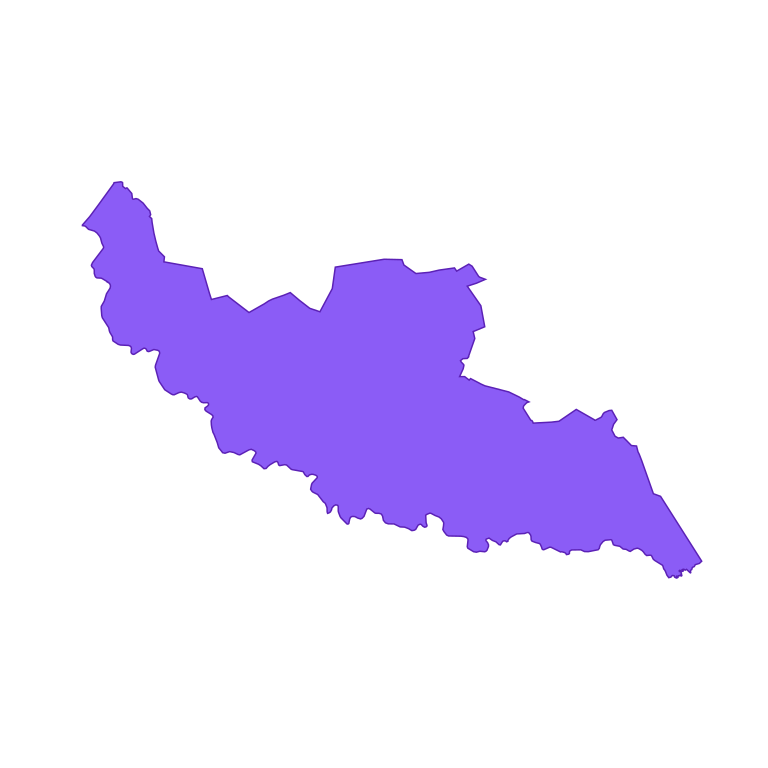 Upmalas pag., Varkavas, Latvia, rotated 342°
{"feature_id": "27541924B37499495130133", "entity_name": "Upmalas pag.", "entity_type": "district", "adm_level": 2, "iso_a3": "LVA", "parent_name": "Latvia", "parent_adm1": "Varkavas", "projection": "mercator", "projection_center": [26.475, 56.247], "detail": "fine", "context": "isolated", "style": "filled", "palette": "violet", "viewbox_px": 768, "rotation_deg": 342, "n_neighbors": 0, "source": "geoboundaries", "source_scale": "gbopen_adm2", "svg_char_len": 6159}
<svg xmlns="http://www.w3.org/2000/svg" viewBox="0 0 768 768"><g transform="rotate(342 384 384)"><path d="M143.4,264.1L145.4,265.5L153.0,268.4L154.5,269.7L154.9,270.9L154.8,272.1L153.4,275.2L153.2,276.1L153.6,277.3L154.6,278.3L155.9,278.5L165.7,275.9L166.9,275.8L167.5,276.0L168.3,276.8L168.7,277.8L168.9,279.5L169.8,280.3L170.9,280.5L175.8,280.1L179.2,282.0L180.2,283.1L180.4,284.4L180.1,285.6L172.5,295.5L171.6,297.3L170.9,310.6L171.0,312.1L173.7,321.7L178.6,327.8L179.8,328.9L181.1,329.4L186.4,328.8L188.8,329.1L191.3,330.8L193.2,332.6L193.7,333.3L193.7,334.0L193.5,336.1L193.6,336.9L194.8,338.3L196.5,338.7L200.0,337.8L201.9,337.9L202.6,338.6L203.9,343.4L204.9,345.0L206.6,346.1L210.2,347.1L210.8,347.6L211.0,348.6L210.6,349.7L209.5,350.4L206.4,351.4L205.7,353.1L206.4,354.8L210.6,359.8L211.4,361.4L211.1,362.9L209.2,364.4L208.2,365.8L207.2,369.5L206.7,372.6L206.4,377.1L206.8,379.5L207.3,388.3L207.1,393.6L209.0,398.5L209.2,399.4L211.4,400.7L216.3,400.6L220.1,402.8L223.5,406.0L225.0,406.8L235.3,404.9L237.6,405.1L240.2,407.5L241.0,409.1L240.9,410.2L235.1,415.5L234.8,416.4L234.8,417.3L239.9,421.6L241.6,423.7L243.7,427.5L245.8,427.9L248.3,426.4L250.8,425.5L256.1,424.3L258.2,424.5L258.9,425.7L258.8,428.4L259.6,429.4L264.5,430.0L266.3,430.9L269.3,436.3L270.1,437.0L279.6,442.1L280.1,442.6L280.7,445.7L282.0,448.1L283.1,448.4L285.0,447.4L287.2,447.5L288.6,448.0L291.0,449.7L291.9,451.1L291.9,451.6L291.6,452.4L285.0,456.1L284.1,457.1L281.7,461.4L281.9,462.3L282.4,463.9L283.1,465.0L286.8,468.6L289.8,477.1L291.3,479.4L291.6,484.1L290.4,488.1L290.4,489.6L291.8,489.6L293.5,489.1L295.2,487.5L296.1,485.9L298.6,484.4L300.8,484.0L302.5,485.1L302.6,486.4L301.2,490.7L301.1,491.8L301.3,496.4L301.7,498.0L305.5,505.6L306.4,506.1L307.4,505.8L309.6,501.9L310.8,500.6L312.1,500.1L313.5,500.3L315.5,501.2L317.6,503.4L320.0,505.1L321.6,505.0L324.1,503.7L329.0,497.6L330.9,497.6L332.1,498.7L335.5,503.9L336.2,504.4L339.2,505.4L341.0,506.6L341.4,507.3L341.8,509.3L341.3,513.5L342.5,516.5L344.8,518.3L350.3,520.2L355.2,524.9L359.4,526.5L362.7,529.2L365.1,532.0L366.0,532.2L367.6,532.4L369.2,532.1L372.8,528.8L374.3,528.5L375.5,528.7L376.1,529.3L376.9,531.1L378.3,532.7L379.8,532.9L381.0,532.3L381.2,531.7L381.2,528.9L383.1,521.7L384.6,521.2L387.7,521.0L388.7,521.5L392.0,524.9L395.2,527.5L396.8,529.9L397.9,533.9L397.8,534.8L396.7,537.4L395.0,540.6L395.4,542.8L396.9,547.0L398.5,548.5L410.1,552.5L412.8,553.8L415.0,555.4L415.9,557.3L415.6,558.6L412.9,564.5L413.0,566.1L417.4,571.2L419.9,572.5L423.5,572.7L428.0,574.7L429.2,574.6L430.5,574.0L433.1,570.9L433.7,569.3L433.5,566.9L432.6,564.6L432.6,564.0L433.3,563.1L436.3,563.0L438.7,566.2L441.7,568.7L443.8,572.4L445.0,573.0L448.2,570.3L449.7,570.2L451.2,570.9L451.7,571.9L452.3,572.0L453.2,571.8L453.1,571.5L453.4,571.2L455.3,569.6L457.8,568.7L463.9,567.6L471.5,569.6L474.3,569.5L475.4,569.9L475.9,570.5L476.7,572.7L476.7,574.4L475.8,577.7L476.2,579.2L479.2,581.6L482.6,583.8L483.1,584.8L483.4,587.4L483.4,589.6L483.6,590.3L484.7,591.0L491.0,590.4L492.3,590.8L500.0,598.3L501.3,598.5L503.8,600.2L504.6,601.3L504.8,602.6L506.7,602.9L507.9,602.6L508.6,600.7L509.3,600.2L511.1,599.8L519.9,602.5L522.9,605.3L526.5,606.6L536.5,607.8L538.0,606.8L538.9,605.3L540.1,603.8L543.5,601.6L546.0,600.9L551.7,602.2L552.3,602.7L552.4,603.3L552.5,607.7L553.7,608.8L558.1,611.2L560.4,614.8L563.2,616.1L565.5,618.6L566.5,619.3L570.7,618.2L574.1,618.4L575.5,619.3L577.8,621.9L578.8,623.8L579.7,626.6L580.8,628.3L584.1,629.0L585.1,629.5L585.5,630.6L585.9,633.7L586.8,635.3L592.8,642.4L593.0,643.4L592.9,646.2L593.5,647.8L593.8,649.6L594.0,653.2L595.0,656.2L597.2,656.3L598.8,655.3L599.4,655.3L600.7,656.0L600.7,657.3L600.9,657.7L602.1,658.9L602.7,658.9L602.6,657.5L602.8,657.2L603.3,657.5L603.3,658.2L603.6,658.8L604.0,658.6L604.3,657.6L604.7,657.3L605.6,657.7L606.4,657.4L607.2,658.4L607.6,658.5L608.0,658.3L608.2,657.6L607.8,656.5L608.5,655.8L608.1,654.2L607.0,653.6L607.0,652.9L607.8,652.6L609.1,653.9L610.4,654.5L610.9,654.1L610.2,652.8L611.2,652.6L612.1,653.0L612.9,654.1L614.5,653.8L616.7,657.9L617.2,658.3L617.5,658.0L617.6,656.8L618.1,655.9L619.3,655.6L620.6,653.7L622.7,653.5L624.2,652.0L628.5,652.1L631.4,650.7L612.3,576.3L606.3,571.6L605.4,536.4L605.0,529.4L604.6,527.0L605.0,521.0L600.3,519.0L595.1,508.6L590.1,507.8L587.6,505.1L586.4,498.1L589.9,493.3L594.6,489.9L592.5,479.4L589.9,478.8L584.8,479.2L583.3,480.0L581.0,482.3L579.9,482.8L573.7,483.8L573.1,483.5L573.0,483.0L559.0,467.6L538.9,473.5L531.4,472.0L513.8,467.3L513.8,466.0L513.4,464.5L512.4,463.8L508.9,450.0L509.8,448.3L510.5,447.7L513.9,445.9L516.3,445.8L512.7,442.2L511.9,442.0L508.6,438.2L500.2,430.1L479.4,416.9L475.8,413.6L475.0,412.7L468.0,405.6L466.2,406.6L463.0,401.9L458.2,400.3L464.0,394.0L465.7,391.1L465.8,390.2L464.3,387.1L463.9,385.5L466.8,384.3L471.1,385.4L473.0,384.3L473.1,383.9L472.9,383.9L484.4,368.8L485.0,361.7L497.5,360.7L500.3,339.5L493.4,316.7L503.2,316.7L512.8,315.8L507.9,311.9L507.2,310.7L504.2,299.2L501.7,296.2L488.0,299.1L486.9,295.4L471.6,292.7L461.6,291.8L448.5,288.8L439.7,277.0L439.5,271.3L422.7,265.4L373.8,257.8L364.3,277.3L345.4,295.5L336.8,289.1L329.5,278.4L323.1,268.1L316.2,268.6L304.1,268.8L299.8,269.4L294.8,270.8L277.7,274.3L263.3,253.3L262.3,251.4L246.0,250.3L246.0,243.9L246.8,218.2L212.4,199.8L214.5,195.2L210.8,187.9L210.8,185.1L211.1,177.8L211.8,169.4L213.4,158.6L214.2,154.9L212.7,152.2L214.4,150.9L214.7,147.0L213.0,143.5L210.8,137.5L207.3,132.3L205.4,131.0L203.0,130.9L202.2,130.4L202.1,129.7L203.0,124.9L200.3,118.2L200.0,118.0L198.5,118.2L196.6,115.3L197.6,111.7L197.5,111.4L196.3,110.4L189.5,109.1L188.6,110.2L166.9,126.0L155.8,133.9L146.3,139.6L146.1,140.2L148.2,141.2L149.0,142.1L150.8,145.6L155.9,149.1L157.7,151.7L159.0,155.1L159.5,157.4L159.2,162.8L159.7,166.5L159.5,167.6L158.9,168.3L144.4,178.4L142.4,180.6L142.4,182.0L143.7,184.8L143.7,185.9L142.6,189.4L142.6,192.3L142.9,193.3L143.8,194.4L147.7,195.9L148.5,196.6L152.6,201.3L152.3,201.4L154.0,203.4L154.3,205.2L154.1,206.4L153.1,208.2L148.0,212.4L143.6,218.7L139.1,222.8L138.4,224.7L136.7,231.8L136.6,234.0L139.6,245.3L139.2,248.7L139.3,250.4L140.4,255.3L139.6,258.0L139.6,259.3L143.4,264.1Z" fill="#8b5cf6" stroke="#5b21b6" stroke-width="1.5"/></g></svg>